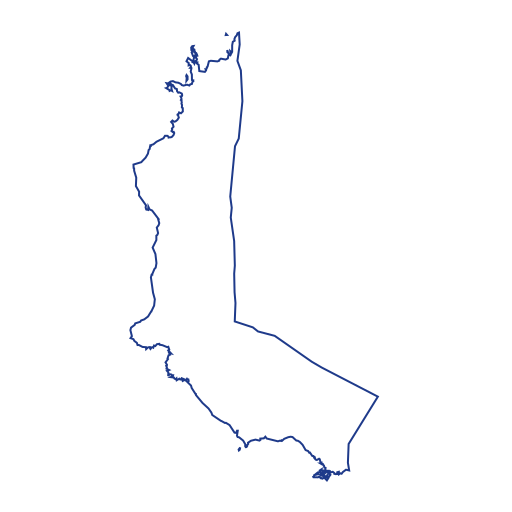 Oriental Mindoro, Mindoro Oriental, Philippines (Albers equal-area conic projection), rotated 181°
{"feature_id": "2640588B63893974857560", "entity_name": "Oriental Mindoro", "entity_type": "district", "adm_level": 2, "iso_a3": "PHL", "parent_name": "Philippines", "parent_adm1": "Mindoro Oriental", "projection": "albers", "projection_center": [121.29, 12.869], "detail": "fine", "context": "isolated", "style": "outline", "palette": "blue", "viewbox_px": 512, "rotation_deg": 181, "n_neighbors": 0, "source": "geoboundaries", "source_scale": "gbopen_adm2", "svg_char_len": 6026}
<svg xmlns="http://www.w3.org/2000/svg" viewBox="0 0 512 512"><g transform="rotate(181 256 256)"><path d="M276.9,479.1L278.4,478.4L279.1,476.3L280.6,474.6L281.4,472.5L281.1,470.9L282.9,469.8L283.5,466.3L283.4,459.7L284.3,458.0L284.8,458.3L284.7,459.0L285.2,460.2L285.3,460.3L284.9,456.6L285.2,456.2L286.6,457.3L286.4,456.4L287.1,456.2L287.6,453.1L289.8,451.9L294.5,452.7L296.0,451.6L296.2,450.6L298.0,449.9L304.6,450.4L306.5,449.8L307.7,444.7L308.7,443.5L309.4,443.5L308.4,443.2L309.1,441.6L309.6,441.7L309.2,440.7L310.3,439.2L315.9,439.9L316.7,446.2L318.5,447.5L318.0,448.6L320.4,449.0L321.0,447.2L321.7,448.4L322.5,448.6L321.7,449.6L322.2,450.1L322.0,450.4L321.1,449.5L319.4,450.1L318.7,451.0L318.4,451.8L319.5,453.1L319.3,454.0L320.7,454.3L321.3,453.5L322.1,450.5L322.9,449.6L327.3,452.8L328.9,449.5L326.6,447.7L326.7,445.4L325.4,445.8L324.6,445.2L324.3,443.9L325.0,443.0L324.0,443.0L323.8,442.8L324.5,439.2L323.3,436.4L323.1,430.9L322.0,430.6L322.3,430.1L321.8,429.7L322.7,428.7L323.1,426.9L324.7,426.5L325.6,425.3L328.0,426.1L331.4,425.1L333.2,425.6L334.1,426.7L336.7,427.9L339.5,428.2L342.1,429.4L344.5,428.9L345.7,428.0L343.4,425.9L342.1,425.5L339.8,422.1L338.1,421.6L337.8,419.4L336.6,417.9L335.6,418.3L333.0,417.1L332.6,415.5L332.9,414.6L334.2,414.2L333.4,412.7L333.2,410.9L333.7,410.9L333.8,410.7L333.3,410.4L332.9,408.0L333.2,407.0L332.6,405.8L332.7,403.2L331.8,402.6L331.7,399.2L333.5,397.4L335.4,398.2L335.9,396.7L336.8,396.3L337.0,395.8L336.3,395.2L335.6,393.0L337.0,390.7L338.8,389.2L340.2,388.8L341.9,390.0L343.2,388.6L341.5,386.7L340.7,383.8L342.3,382.0L342.0,380.8L342.7,379.5L341.3,378.4L339.7,379.0L340.3,378.5L339.9,377.5L340.5,375.6L342.1,373.7L343.2,373.2L345.3,373.1L345.1,374.0L345.4,373.3L346.5,374.6L349.1,374.6L350.6,372.1L357.5,368.5L360.5,365.9L363.6,364.8L363.2,363.9L363.9,363.4L364.2,361.1L365.2,360.1L365.8,356.5L368.1,352.4L371.1,349.2L371.8,349.2L371.3,349.0L372.3,347.8L380.1,345.3L379.9,341.8L379.4,341.5L379.3,339.1L377.1,332.2L377.3,323.8L374.0,318.3L374.0,314.5L366.9,304.8L367.2,302.5L366.5,300.5L365.9,300.0L366.3,300.4L366.1,300.6L364.7,300.2L364.5,303.4L363.2,300.7L360.7,299.7L354.1,291.3L354.5,291.1L353.3,287.2L353.9,285.1L355.7,282.7L354.3,277.2L355.0,275.4L356.0,274.6L355.9,270.2L359.5,262.6L356.6,256.2L355.4,247.1L356.1,242.6L357.3,241.3L359.3,236.3L360.4,235.3L359.6,235.8L358.6,235.7L360.1,235.2L360.7,232.8L358.3,217.5L356.4,211.0L357.0,204.6L359.8,198.5L359.5,197.8L360.1,198.3L362.9,193.6L366.6,190.7L369.8,189.5L370.6,188.2L375.6,186.5L376.1,185.0L379.7,182.2L380.3,179.7L378.7,173.7L380.0,171.7L377.1,170.7L376.1,168.9L373.6,167.1L372.9,164.9L371.6,165.0L367.9,163.1L364.4,162.9L364.2,161.0L362.3,162.8L360.4,163.1L359.5,162.8L360.2,161.6L359.9,161.2L358.9,162.6L358.1,163.0L357.1,162.5L356.4,164.7L355.1,164.2L353.5,166.1L351.1,166.5L350.8,165.6L348.0,165.2L343.2,163.3L342.1,163.7L341.1,160.9L342.1,160.1L339.2,157.1L341.1,157.5L340.3,155.8L341.7,155.2L342.7,151.9L342.2,151.4L344.6,148.1L343.1,145.6L343.3,144.6L343.8,144.5L343.1,142.6L343.5,141.8L340.9,140.5L343.0,139.6L341.6,138.1L341.7,135.2L341.2,135.1L340.3,136.3L338.5,136.0L338.1,135.3L336.8,135.3L337.0,134.5L339.2,133.4L335.9,133.0L335.5,132.1L334.2,131.4L333.4,132.2L333.1,130.4L330.5,132.0L329.7,131.2L328.8,131.2L328.2,132.5L326.4,131.8L327.5,131.1L327.1,129.8L325.0,130.9L323.6,129.9L323.8,130.7L322.9,132.0L322.4,131.3L321.5,131.4L321.1,129.8L322.2,128.6L318.7,125.3L318.0,122.9L314.1,117.0L312.9,116.8L313.6,116.6L313.6,115.9L306.9,108.1L300.8,102.7L297.9,98.7L296.9,96.2L287.8,90.3L288.0,90.6L284.1,88.5L283.2,88.7L279.5,86.5L274.4,79.0L272.8,78.8L271.9,81.0L271.2,81.0L271.9,76.0L271.2,74.7L269.7,74.4L265.6,71.2L263.4,67.5L263.5,65.7L262.9,64.7L262.2,64.8L261.5,65.8L261.4,66.9L260.5,68.0L260.7,69.2L257.8,71.2L253.3,72.4L249.3,71.5L248.4,72.2L248.5,73.5L245.0,73.8L243.5,75.5L242.1,73.7L230.8,71.1L228.8,71.8L227.7,71.5L227.3,72.1L226.7,71.7L224.6,73.7L220.6,75.4L218.2,75.9L216.3,75.6L212.5,72.2L210.9,72.0L208.9,70.8L206.1,68.0L203.0,62.8L200.5,61.9L199.3,60.2L198.6,60.4L196.3,57.1L195.1,57.0L194.7,56.1L193.9,56.1L193.5,55.1L193.9,54.7L192.7,53.4L191.6,53.1L189.4,54.4L188.7,53.9L187.9,50.7L186.9,50.7L186.9,49.6L187.7,49.6L186.5,48.9L185.8,49.3L185.6,49.3L185.0,47.9L184.4,47.7L184.0,45.7L182.8,45.4L182.9,43.1L185.9,42.4L186.7,43.0L186.6,44.0L188.5,42.7L187.6,41.2L188.0,40.4L190.0,40.9L190.6,39.9L191.1,40.1L191.7,39.6L190.3,39.5L190.1,38.9L194.0,37.9L194.3,36.5L194.9,36.2L194.7,35.8L190.1,35.8L189.1,36.5L187.3,34.9L186.6,35.1L185.9,34.5L184.4,35.2L184.9,37.3L187.5,37.7L187.9,38.5L187.2,38.9L186.5,38.4L186.9,39.5L186.6,39.9L185.9,39.2L184.8,39.3L184.8,38.4L184.4,39.6L185.4,40.5L185.3,41.2L183.8,40.7L184.2,41.6L183.6,41.8L182.6,41.0L182.3,42.5L180.5,42.5L181.4,41.3L180.4,41.3L179.8,39.8L181.3,37.5L179.4,36.3L177.8,38.5L179.7,40.4L178.8,42.3L178.1,42.1L177.7,40.8L175.5,41.6L173.9,40.4L173.9,39.6L172.8,39.3L171.1,39.4L171.0,41.2L169.4,41.7L169.2,39.2L167.8,40.2L166.6,39.8L165.4,41.5L162.3,43.9L159.1,43.2L160.5,50.9L160.1,69.7L131.7,117.5L188.3,145.6L198.3,151.2L235.9,176.5L252.7,180.6L257.9,184.6L276.1,190.2L275.7,208.6L276.8,219.4L277.5,238.0L277.0,246.0L278.1,270.6L281.9,294.0L281.1,303.8L282.8,315.0L278.9,365.4L275.3,373.1L272.3,410.5L274.4,441.4L278.0,450.8L276.0,467.2L276.9,479.1ZM343.9,420.2L342.8,419.6L343.5,421.9L343.3,424.7L345.3,425.3L347.0,427.0L348.4,427.2L346.6,424.5L347.8,422.6L348.7,422.3L345.3,420.3L345.2,419.6L343.9,420.2ZM322.5,454.9L321.5,453.8L321.1,454.9L318.2,455.3L318.7,456.8L320.0,457.0L319.6,458.0L321.0,458.5L320.6,459.2L321.1,460.3L322.6,459.9L323.9,458.5L322.5,454.9ZM181.2,32.9L179.8,35.2L182.8,36.5L183.7,38.0L184.1,37.0L183.2,34.9L181.2,32.9ZM323.5,460.2L321.7,461.6L323.3,462.5L322.1,464.9L323.4,464.7L324.4,463.3L324.2,460.7L323.5,460.2ZM328.6,429.9L327.5,431.4L327.6,434.4L328.6,435.7L329.0,434.7L328.4,432.9L328.6,429.9ZM269.7,61.3L268.9,62.0L268.4,64.3L270.0,62.2L269.7,61.3ZM290.1,476.4L288.8,476.5L289.8,477.6L290.1,476.4ZM288.2,459.3L287.3,458.5L288.3,461.4L288.2,459.3Z" fill="none" stroke="#1e3a8a" stroke-width="2"/></g></svg>